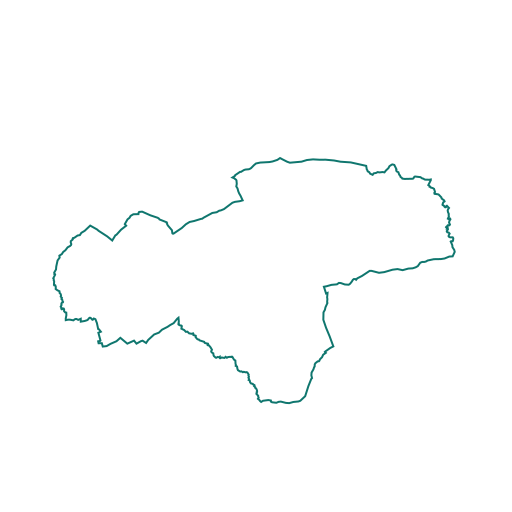 outline of Tunja, Boyacá, Colombia, rotated 213°
{"feature_id": "7082276B30096704247804", "entity_name": "Tunja", "entity_type": "district", "adm_level": 2, "iso_a3": "COL", "parent_name": "Colombia", "parent_adm1": "Boyacá", "projection": "albers", "projection_center": [-73.373, 5.515], "detail": "fine", "context": "isolated", "style": "outline", "palette": "teal", "viewbox_px": 512, "rotation_deg": 213, "n_neighbors": 0, "source": "geoboundaries", "source_scale": "gbopen_adm2", "svg_char_len": 6149}
<svg xmlns="http://www.w3.org/2000/svg" viewBox="0 0 512 512"><g transform="rotate(213 256 256)"><path d="M414.3,131.0L413.9,126.9L413.1,126.6L412.4,125.4L411.6,125.0L409.7,121.7L409.2,121.5L408.4,122.1L407.2,121.2L406.0,119.2L403.7,119.1L401.6,119.4L400.5,118.0L399.5,117.9L398.1,116.9L397.7,115.6L396.0,115.2L395.8,114.0L394.8,113.9L393.7,112.8L392.8,112.4L392.7,112.0L393.3,111.2L393.4,110.6L393.1,109.6L392.4,109.1L392.2,107.1L390.7,106.6L390.6,105.7L389.9,105.5L389.5,105.9L389.1,107.0L388.6,107.2L387.9,106.8L386.9,105.2L385.4,104.8L384.3,105.2L382.8,103.1L381.5,99.9L380.6,98.6L379.0,100.2L377.5,101.2L374.1,102.6L373.6,104.1L372.8,105.1L372.2,105.4L370.3,105.6L368.8,107.9L367.2,105.5L364.3,108.2L362.9,109.9L362.4,110.7L362.1,113.1L361.7,113.8L360.9,114.0L358.5,113.4L358.2,113.6L358.0,115.2L356.7,115.5L356.2,115.5L352.9,113.1L348.6,108.8L347.8,109.0L344.9,108.0L346.4,105.8L340.4,100.4L340.4,100.0L341.9,98.5L340.5,97.1L337.8,98.9L335.2,96.6L332.2,99.1L330.1,103.2L326.6,108.5L325.2,113.5L316.2,112.4L312.2,118.6L308.5,117.4L306.1,121.9L305.0,123.2L300.8,123.2L300.7,126.9L298.7,134.7L295.7,138.8L294.7,143.0L291.6,148.4L290.3,151.5L288.5,154.8L287.9,160.5L287.4,162.0L285.1,159.1L284.1,156.9L283.8,157.1L283.3,156.3L281.7,156.5L280.7,157.0L280.0,156.8L279.0,154.4L275.9,154.8L273.5,154.2L272.3,155.2L270.0,154.7L267.6,155.7L266.6,156.9L266.2,156.7L265.4,155.6L263.2,156.3L262.9,156.2L262.5,155.1L260.4,154.4L259.3,154.4L258.5,154.8L257.4,154.5L252.7,155.8L251.7,155.2L251.2,155.3L248.5,156.3L248.2,156.0L248.2,155.0L247.9,154.9L246.8,155.4L244.5,154.7L241.9,153.4L241.7,151.7L241.3,151.3L240.2,151.0L238.8,151.1L237.6,149.7L236.9,149.2L234.6,148.8L234.0,148.9L233.1,150.5L231.8,150.9L231.5,151.8L230.5,150.7L230.3,150.8L229.4,152.3L228.5,152.6L226.9,153.4L226.6,154.9L225.0,154.8L224.4,156.0L222.7,157.4L221.7,157.8L221.5,158.4L221.0,158.6L218.0,157.1L216.4,157.1L214.4,154.4L213.5,153.7L213.2,152.8L211.7,153.0L210.1,151.2L208.9,150.4L206.3,150.5L205.4,151.3L203.7,151.4L203.2,152.2L201.1,152.9L200.6,153.5L199.8,153.6L198.9,153.2L197.5,152.5L197.4,151.8L196.1,150.8L196.1,149.9L194.8,149.0L194.6,148.0L193.5,148.2L192.2,146.9L190.8,146.4L189.1,147.0L188.6,146.7L187.0,146.9L186.5,146.4L186.6,145.8L185.1,145.5L184.8,145.0L183.6,144.9L181.9,143.8L181.1,142.7L181.3,142.1L180.7,141.6L180.6,140.6L178.1,140.0L177.8,139.5L176.6,138.6L176.6,137.3L174.8,137.1L173.7,136.6L172.2,136.4L171.3,138.4L167.2,141.9L164.8,142.9L164.1,142.0L162.8,142.1L159.0,144.0L157.6,146.0L155.9,147.4L150.9,149.1L148.0,150.7L145.2,153.9L141.2,157.1L140.0,158.7L138.4,165.2L141.2,175.4L142.7,183.0L142.5,184.1L144.6,186.1L145.9,188.5L146.1,192.2L146.7,194.4L146.6,195.2L147.7,197.1L147.8,198.4L146.9,201.2L145.9,202.0L145.8,202.6L146.1,204.2L145.5,207.1L145.9,209.8L144.7,212.8L146.0,213.1L145.9,213.6L143.6,219.4L141.9,222.3L150.6,228.8L158.2,234.0L164.8,239.2L168.7,245.5L168.9,248.4L169.8,250.8L170.5,255.5L171.2,256.0L172.7,258.8L173.8,260.0L175.9,264.0L176.8,262.7L182.3,267.2L180.4,269.0L177.0,272.9L172.7,276.3L171.8,278.6L170.1,279.5L166.0,280.5L162.6,282.4L162.0,283.9L161.7,286.9L161.8,288.7L161.4,289.9L160.1,290.8L159.1,290.6L158.9,292.4L156.3,296.9L152.6,305.4L150.9,306.5L143.7,308.9L139.7,312.3L134.0,318.9L130.2,322.1L125.3,324.0L121.4,328.4L117.9,331.0L115.9,333.5L114.8,335.6L114.6,339.8L113.4,341.5L111.7,342.6L110.5,343.9L109.6,345.7L105.1,350.2L99.3,354.1L96.5,356.6L93.6,360.8L90.9,362.8L91.6,367.7L93.1,369.1L96.0,370.4L97.3,372.0L100.6,374.2L100.4,374.7L99.1,375.5L99.3,376.6L100.2,378.3L101.1,378.8L101.4,378.7L103.3,377.4L104.5,377.2L105.2,377.4L105.5,377.9L105.8,380.2L107.2,380.6L108.4,380.1L109.3,380.4L109.6,380.9L109.5,382.8L109.7,383.1L110.7,382.8L110.7,383.9L111.0,384.0L111.7,383.6L112.3,383.7L112.3,384.1L111.4,385.0L112.0,385.6L111.9,386.2L110.5,387.1L110.5,388.0L112.3,389.2L112.9,390.8L112.9,392.6L113.2,392.9L113.8,393.1L114.6,391.9L115.4,391.8L115.8,394.3L116.8,395.3L117.1,396.2L118.8,397.3L120.0,398.5L120.4,399.7L120.3,401.4L123.3,402.1L123.6,401.6L123.3,400.4L123.8,399.9L124.8,400.0L125.7,400.5L127.3,400.4L127.6,400.7L128.2,402.9L127.6,404.5L128.5,405.1L131.6,405.3L132.4,406.1L136.2,407.0L136.9,406.9L140.1,405.4L140.8,406.0L140.7,407.2L143.3,409.3L144.8,409.2L146.7,408.6L147.3,408.9L148.1,408.6L148.5,409.2L150.1,409.3L150.7,414.8L151.1,415.4L152.1,414.4L155.7,412.2L156.4,412.0L157.8,412.0L158.8,411.6L161.0,411.7L165.9,409.3L166.3,408.7L166.3,406.7L166.7,406.1L173.3,401.6L175.4,400.6L176.4,401.0L177.8,401.0L179.1,402.0L180.2,402.2L182.2,403.8L183.9,403.6L184.6,403.8L185.4,404.6L185.4,405.2L189.6,407.7L191.3,407.2L191.9,406.6L193.0,404.0L192.8,401.8L193.6,398.5L193.8,396.1L195.5,395.4L197.9,393.4L199.7,392.6L200.5,391.1L202.3,389.4L202.4,387.6L205.1,387.2L206.7,388.0L207.8,387.8L208.7,388.0L209.0,388.4L210.3,389.0L212.7,391.6L227.5,386.1L236.5,381.1L242.6,378.6L250.2,374.6L255.2,371.3L260.8,368.1L265.6,364.2L269.2,359.9L278.4,352.7L281.3,352.0L289.2,351.2L290.4,348.3L293.6,344.3L295.9,342.1L303.3,336.7L306.4,333.6L307.2,331.0L308.0,327.0L308.6,325.8L309.2,324.9L312.0,322.7L313.0,321.4L314.4,318.4L315.2,317.9L317.5,312.4L317.3,311.6L318.5,309.0L316.7,309.3L314.2,309.1L313.5,308.7L311.4,306.0L310.4,303.6L308.3,302.6L306.1,300.6L304.2,299.3L301.8,298.1L297.5,295.4L299.5,293.1L303.2,289.9L304.8,287.8L308.4,277.9L310.4,275.0L311.5,274.0L312.8,271.3L316.1,268.3L320.8,259.6L321.4,258.0L322.4,257.1L327.0,251.6L330.2,248.4L332.1,244.4L333.5,239.0L337.4,229.8L338.1,229.4L338.5,229.5L340.5,231.8L346.6,233.6L348.0,234.4L348.5,235.2L349.2,235.2L349.4,235.6L356.8,234.1L357.8,234.5L359.3,234.5L366.7,232.6L375.6,231.2L378.0,229.3L378.0,228.3L377.4,227.1L381.6,224.2L383.0,221.4L382.9,219.1L383.7,216.8L383.4,211.3L381.4,210.7L383.5,204.6L384.6,197.8L385.2,196.7L385.0,190.7L391.5,191.4L401.7,191.4L403.8,191.7L411.6,191.2L413.4,183.8L415.1,180.3L415.1,177.6L416.8,176.0L418.3,172.3L419.3,171.3L419.2,170.6L418.7,170.1L419.4,167.6L418.9,166.6L417.4,165.4L417.1,164.4L417.4,163.1L418.7,160.7L419.0,157.0L419.9,154.4L419.9,151.8L421.1,149.2L419.8,147.7L420.0,144.2L417.8,138.4L416.4,135.8L416.2,132.2L415.5,131.6L415.4,131.1L414.5,131.2L414.3,131.0Z" fill="none" stroke="#0f766e" stroke-width="2"/></g></svg>